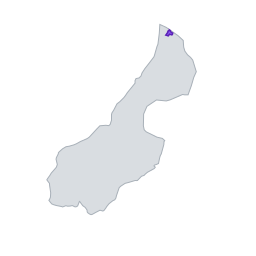 Otaņķu pag., Nicas, Latvia (highlighted), rotated 123°
{"feature_id": "27541924B2147324015224", "entity_name": "Otaņķu pag.", "entity_type": "district", "adm_level": 2, "iso_a3": "LVA", "parent_name": "Latvia", "parent_adm1": "Nicas", "projection": "natural_earth1", "projection_center": [21.142, 56.421], "detail": "fine", "context": "in_parent", "style": "filled", "palette": "violet", "viewbox_px": 256, "rotation_deg": 123, "n_neighbors": 0, "source": "geoboundaries", "source_scale": "gbopen_adm2", "svg_char_len": 2821}
<svg xmlns="http://www.w3.org/2000/svg" viewBox="0 0 256 256"><g transform="rotate(123 128 128)"><path d="M186.7,172.9L185.2,172.7L181.0,171.5L177.5,169.8L175.3,167.4L171.6,164.2L169.2,162.6L165.4,160.6L159.0,156.4L156.7,155.5L145.6,153.6L141.5,152.8L137.8,148.1L136.5,145.4L134.7,144.9L132.7,145.5L130.6,146.0L125.6,149.2L124.0,149.7L120.9,149.7L113.7,150.4L110.4,149.2L104.7,148.0L101.6,147.8L98.8,147.8L86.6,146.5L84.4,147.9L82.2,148.2L80.0,146.0L77.2,145.4L74.3,146.2L68.8,146.2L62.3,145.6L54.1,145.0L52.9,145.3L43.8,148.1L41.5,148.5L31.6,153.3L23.8,157.7L22.8,150.6L23.3,136.4L24.5,129.4L29.9,125.3L32.6,122.1L34.2,117.9L34.7,114.0L35.8,110.7L43.6,101.4L49.8,100.4L58.1,97.9L67.5,95.7L69.3,98.5L70.2,100.5L81.6,108.1L84.5,110.7L89.0,119.4L99.5,123.9L107.8,122.5L111.3,120.3L117.8,116.3L120.7,113.4L121.3,110.6L119.9,98.7L118.0,93.5L118.6,90.3L119.7,90.4L122.5,88.9L131.6,86.0L133.4,85.9L135.5,85.3L141.2,83.1L143.1,84.3L144.7,85.6L145.5,85.6L145.9,85.1L145.8,84.3L146.2,83.7L147.9,84.0L154.6,87.6L157.2,88.4L159.0,88.7L161.1,90.4L166.9,91.5L167.6,92.4L168.1,93.4L173.5,98.0L176.0,100.3L180.8,102.4L182.9,102.9L191.1,100.8L193.4,100.0L195.4,100.0L197.4,101.2L201.9,102.7L205.9,103.1L206.7,103.0L210.1,103.2L211.3,103.8L212.2,106.7L216.2,109.0L219.8,110.9L220.8,111.8L221.1,113.5L221.0,115.5L220.6,116.5L219.1,117.7L217.9,120.7L217.8,123.6L215.9,128.6L216.4,128.7L220.7,127.8L222.0,128.3L223.0,129.4L223.4,132.5L224.9,133.9L226.5,136.1L227.0,137.8L229.8,139.8L230.1,141.1L232.0,145.8L232.8,148.5L233.2,150.6L232.4,153.2L231.7,155.0L230.9,154.9L228.4,155.3L224.5,157.5L218.7,162.6L217.2,163.7L215.8,167.6L215.5,167.9L212.0,167.8L211.1,167.7L207.6,167.8L200.0,166.7L197.1,167.4L193.4,171.3L191.9,171.9L187.5,172.4L186.7,172.9Z" fill="#d9dde1" stroke="#a8b0b8" stroke-width="1"/><path d="M27.7,146.9L27.8,146.9L28.0,146.8L28.4,146.8L28.5,146.8L28.6,146.7L28.8,146.7L28.9,146.8L29.0,146.8L29.3,146.9L29.5,146.9L29.4,146.6L29.3,146.4L29.3,146.2L29.2,146.1L29.1,145.7L29.0,145.0L28.9,144.8L28.9,144.6L28.8,144.4L28.7,144.4L28.4,144.3L28.2,144.3L28.2,144.2L28.2,144.3L27.9,144.3L28.0,144.3L27.9,144.3L27.7,144.3L27.4,144.4L27.2,144.4L26.9,144.4L26.7,144.3L26.7,144.2L26.6,143.9L26.5,143.6L26.4,143.4L26.3,142.8L26.2,142.7L26.1,142.1L26.0,141.9L25.5,141.8L25.4,141.8L25.3,142.0L25.1,141.9L25.0,142.0L24.9,142.0L24.5,142.0L24.4,142.1L24.1,142.2L24.1,143.7L24.1,143.8L24.1,144.5L23.6,145.1L23.4,145.4L23.4,145.5L23.5,145.6L23.3,145.9L23.3,146.0L23.3,146.3L23.2,146.4L23.2,146.5L23.3,146.4L23.3,146.5L23.3,146.4L23.5,146.3L23.6,146.2L23.6,146.3L24.2,146.8L24.3,146.9L24.4,147.0L24.5,147.1L24.8,147.1L25.0,147.2L25.3,147.1L25.5,147.0L25.8,147.0L26.0,147.0L26.1,146.9L26.2,146.7L26.3,146.7L26.5,146.7L26.8,146.7L27.0,146.7L27.2,146.8L27.3,146.8L27.5,146.8L27.7,146.9Z" fill="#8b5cf6" stroke="#5b21b6" stroke-width="1.5"/></g></svg>